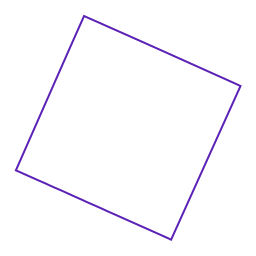 Jewell, Kansas, United States of America, rotated 204°
{"feature_id": "52423323B48788445659830", "entity_name": "Jewell", "entity_type": "district", "adm_level": 2, "iso_a3": "USA", "parent_name": "United States of America", "parent_adm1": "Kansas", "projection": "orthographic", "projection_center": [-98.177, 39.785], "detail": "fine", "context": "isolated", "style": "outline", "palette": "violet", "viewbox_px": 256, "rotation_deg": 204, "n_neighbors": 0, "source": "geoboundaries", "source_scale": "gbopen_adm2", "svg_char_len": 442}
<svg xmlns="http://www.w3.org/2000/svg" viewBox="0 0 256 256"><g transform="rotate(204 128 128)"><path d="M42.3,212.1L47.6,212.2L146.3,212.5L213.7,212.4L213.7,178.8L213.2,43.7L201.2,43.7L190.0,43.7L188.7,43.7L178.9,43.8L178.1,43.7L172.6,43.7L170.4,43.7L163.4,43.8L150.8,43.7L146.4,43.7L141.8,43.7L139.7,43.7L135.5,43.6L118.7,43.7L113.3,43.6L111.6,43.6L47.3,43.6L43.2,43.5L42.3,212.1Z" fill="none" stroke="#5b21b6" stroke-width="2"/></g></svg>